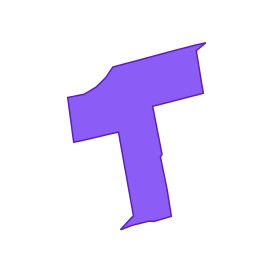 the district of Bujoru, Teleorman, Romania, rotated 283°
{"feature_id": "2599482B95855728618173", "entity_name": "Bujoru", "entity_type": "district", "adm_level": 2, "iso_a3": "ROU", "parent_name": "Romania", "parent_adm1": "Teleorman", "projection": "robinson", "projection_center": [25.511, 43.706], "detail": "fine", "context": "isolated", "style": "filled", "palette": "violet", "viewbox_px": 256, "rotation_deg": 283, "n_neighbors": 0, "source": "geoboundaries", "source_scale": "gbopen_adm2", "svg_char_len": 560}
<svg xmlns="http://www.w3.org/2000/svg" viewBox="0 0 256 256"><g transform="rotate(283 128 128)"><path d="M228.5,184.6L223.9,174.9L214.4,156.6L203.0,135.2L184.0,99.5L172.3,95.1L160.7,87.7L151.0,77.7L144.2,62.4L141.7,63.3L121.8,70.8L101.9,78.3L105.1,85.4L117.5,110.4L120.3,116.3L121.8,119.7L89.0,133.7L43.6,153.1L40.9,151.3L27.7,143.8L27.5,144.1L34.1,153.9L41.7,168.8L42.9,174.5L51.7,190.1L76.3,180.2L107.1,166.1L109.9,167.1L154.7,147.1L178.8,193.6L182.9,191.9L186.9,190.2L218.7,177.1L228.5,184.6Z" fill="#8b5cf6" stroke="#5b21b6" stroke-width="1.5"/></g></svg>